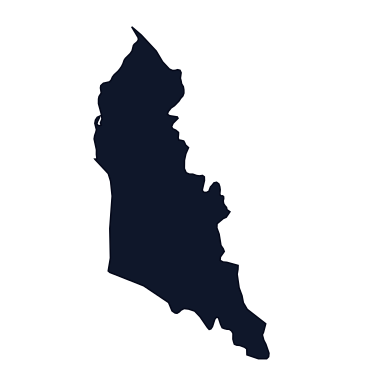 map outline of Lahij (orthographic projection), rotated 104°
{"feature_id": "YEM-157", "entity_name": "Lahij", "entity_type": "Governorate", "adm_level": 1, "iso_a3": "YEM", "parent_name": "Yemen", "parent_adm1": "", "projection": "orthographic", "projection_center": [44.466, 13.315], "detail": "fine", "context": "isolated", "style": "filled", "palette": "ink", "viewbox_px": 384, "rotation_deg": 104, "n_neighbors": 0, "source": "natural_earth", "source_scale": "10m", "svg_char_len": 2421}
<svg xmlns="http://www.w3.org/2000/svg" viewBox="0 0 384 384"><g transform="rotate(104 192 192)"><path d="M183.6,294.3L183.2,292.6L182.4,292.4L178.8,293.8L174.2,294.9L164.2,299.8L160.7,300.1L157.6,299.8L154.7,299.8L148.9,302.9L145.5,303.1L142.4,302.0L140.6,299.7L142.7,299.9L146.5,300.7L148.7,300.8L150.0,299.7L150.0,297.6L148.9,296.3L147.1,297.6L143.0,297.0L138.0,299.0L128.9,304.1L124.4,305.2L121.8,305.3L117.9,304.0L113.2,306.0L110.8,306.2L107.9,304.3L105.1,298.7L102.9,297.5L99.7,297.0L97.1,295.9L92.7,293.0L90.2,291.8L87.3,290.7L84.1,290.0L80.6,289.7L78.5,289.0L72.6,285.4L69.5,284.3L64.0,284.3L62.5,283.7L60.1,281.9L58.6,281.2L57.2,280.9L55.2,281.6L46.3,290.5L52.0,279.1L63.9,260.8L72.8,252.0L78.2,243.7L78.8,240.2L78.0,237.6L76.8,235.6L76.8,233.1L78.9,231.4L84.4,230.8L86.8,229.5L89.5,228.3L91.9,225.9L94.9,224.6L98.0,223.8L101.0,224.1L104.0,225.7L106.8,226.6L112.5,229.9L115.5,232.6L119.7,234.5L122.5,234.7L123.4,232.2L122.7,224.4L123.9,223.4L129.9,227.0L133.6,227.6L135.3,226.0L135.9,222.7L137.5,219.5L139.6,219.0L142.9,218.5L144.7,217.3L144.5,215.0L144.5,212.4L145.9,211.1L147.9,209.6L149.8,206.1L156.4,207.2L163.0,207.0L171.1,205.1L174.7,202.3L175.3,198.7L174.5,195.5L174.9,191.5L174.6,188.7L173.4,185.8L174.3,183.7L177.8,182.7L187.8,182.5L189.4,180.7L189.0,178.0L187.2,175.8L182.7,175.3L180.5,174.1L177.8,172.9L176.6,170.5L177.7,167.9L180.2,166.3L183.0,165.2L187.4,164.5L188.5,163.5L188.6,162.3L188.3,161.3L188.9,160.2L190.9,159.6L193.0,159.6L195.6,158.5L197.3,156.7L198.6,154.8L200.7,153.8L202.0,150.4L208.2,152.7L210.2,155.3L216.7,160.0L220.8,159.2L226.3,155.5L236.8,151.0L239.5,148.0L241.9,146.3L248.1,148.7L251.5,148.2L252.4,145.0L251.8,141.2L252.1,129.5L255.8,128.7L260.8,128.3L273.6,123.1L280.5,118.4L287.0,115.4L292.5,110.0L302.0,88.6L311.0,88.7L313.5,89.2L318.4,86.5L321.8,83.5L329.8,78.3L333.3,77.8L335.7,79.2L337.7,87.2L336.7,99.3L331.0,100.9L329.9,103.4L329.3,108.5L329.8,111.7L329.4,114.1L327.3,115.4L324.9,116.7L319.3,118.0L317.3,119.9L316.2,122.5L316.7,125.0L316.7,127.6L316.4,129.9L313.4,132.3L307.5,136.0L307.6,138.0L309.9,139.1L317.6,139.6L320.3,140.6L321.2,142.1L319.7,144.3L311.1,154.0L306.9,160.6L306.4,167.0L307.0,171.5L309.2,174.0L311.5,175.4L313.3,177.2L313.5,179.2L312.2,182.6L304.9,188.0L294.7,216.2L289.9,252.3L289.0,253.9L288.9,254.2L275.8,255.2L247.4,262.9L215.3,268.5L201.2,273.6L194.4,277.7L183.7,294.2L183.6,294.3Z" fill="#0f172a" stroke="#020617" stroke-width="1.5"/></g></svg>